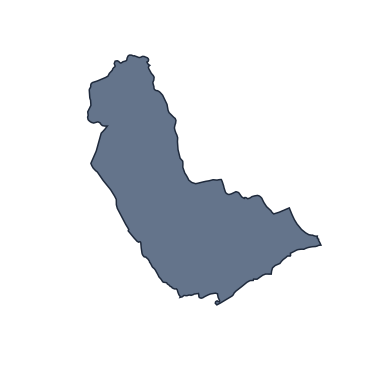 the district of Goruia, Caras-Severin, Romania, rotated 207°
{"feature_id": "2599482B80624695322147", "entity_name": "Goruia", "entity_type": "district", "adm_level": 2, "iso_a3": "ROU", "parent_name": "Romania", "parent_adm1": "Caras-Severin", "projection": "robinson", "projection_center": [21.781, 45.174], "detail": "fine", "context": "isolated", "style": "filled", "palette": "slate", "viewbox_px": 384, "rotation_deg": 207, "n_neighbors": 0, "source": "geoboundaries", "source_scale": "gbopen_adm2", "svg_char_len": 5168}
<svg xmlns="http://www.w3.org/2000/svg" viewBox="0 0 384 384"><g transform="rotate(207 192 192)"><path d="M318.3,264.3L319.5,260.2L319.5,257.1L321.0,254.8L326.8,247.9L330.3,244.4L331.0,243.0L330.8,241.3L330.2,240.2L330.0,239.7L330.0,239.1L330.0,238.5L330.0,237.9L330.1,237.3L329.9,236.3L326.0,229.8L325.6,229.3L325.2,228.8L324.8,228.4L324.2,228.0L321.4,223.3L321.3,216.1L319.3,213.1L319.0,211.3L317.4,209.3L316.9,209.1L316.3,208.9L315.8,208.7L315.2,208.6L314.7,208.5L314.1,208.4L313.5,208.4L312.9,208.4L310.9,208.8L307.7,211.8L305.4,211.9L304.7,211.4L303.8,211.0L302.9,210.7L302.0,210.5L300.8,210.8L299.6,211.2L298.5,211.7L297.4,212.3L297.8,210.0L298.2,207.8L298.3,207.7L298.9,205.4L299.6,203.2L295.9,185.0L295.1,171.6L294.1,170.7L293.1,169.9L291.9,169.1L291.0,168.5L289.7,168.0L288.3,167.5L286.9,167.1L285.5,166.9L276.5,162.0L265.5,157.1L259.1,153.2L256.1,151.0L253.6,146.3L251.1,143.5L236.4,133.1L231.4,130.0L231.2,128.4L222.0,124.4L220.7,124.0L220.1,123.7L219.4,123.5L218.8,123.2L218.0,123.1L216.7,123.1L216.5,123.4L216.2,123.7L215.8,124.1L215.3,124.1L215.1,123.9L214.3,123.2L214.0,122.5L213.8,122.3L211.9,119.2L208.8,114.8L207.9,113.9L206.7,113.1L205.1,112.5L203.6,113.1L203.0,112.8L200.9,112.3L198.6,111.1L198.0,110.3L196.3,109.4L194.1,107.8L193.6,107.4L192.6,107.0L190.9,106.6L189.5,106.0L185.2,103.1L184.1,102.3L183.0,101.4L179.9,100.2L177.3,98.7L176.3,98.7L174.9,99.2L173.5,99.6L172.9,99.4L172.3,98.9L169.9,98.6L169.6,98.5L169.3,98.3L168.5,98.0L167.2,98.2L166.2,97.6L165.4,97.6L164.6,97.6L163.3,97.8L162.6,98.2L161.9,98.6L160.7,98.1L160.1,97.4L158.7,96.0L156.9,94.4L156.4,94.2L155.5,93.8L155.4,93.7L155.1,93.4L154.8,93.1L154.8,92.7L153.0,94.3L152.6,95.3L152.3,96.1L151.3,96.6L150.2,96.9L149.1,97.6L148.3,98.5L146.8,99.4L146.0,99.4L145.4,100.0L144.5,100.9L143.5,102.3L142.4,102.9L141.5,103.7L140.9,103.9L140.2,104.5L139.7,104.0L139.2,103.3L138.5,102.1L137.6,101.3L135.7,101.5L134.4,102.6L133.3,104.4L132.0,106.2L130.7,107.9L129.2,109.6L125.2,112.5L123.1,112.9L121.0,110.1L118.0,107.7L117.8,106.7L118.4,106.5L119.0,106.3L119.6,106.3L120.2,106.4L120.5,106.0L120.8,105.6L121.0,105.1L121.1,104.6L120.7,103.4L118.6,102.7L116.2,106.1L109.1,117.5L108.6,119.0L108.6,121.2L107.8,123.8L106.3,127.0L104.8,130.2L103.4,133.4L102.0,136.6L100.1,139.4L97.3,141.0L97.6,142.3L94.4,143.9L91.2,150.0L89.2,152.3L84.1,154.8L84.7,156.3L85.2,157.8L85.5,159.4L85.8,161.0L84.5,164.3L81.2,168.3L81.1,169.3L80.9,170.3L80.7,171.3L80.4,172.2L80.1,173.2L79.3,174.8L78.6,176.3L77.9,178.2L77.2,178.6L76.5,179.1L75.5,179.4L75.3,180.1L75.8,180.7L75.9,181.3L76.3,181.9L76.5,182.1L74.4,184.9L72.5,187.6L71.5,188.7L69.8,189.9L68.4,190.8L66.3,191.8L65.1,193.4L63.7,194.9L63.0,195.5L62.2,196.2L59.9,197.9L57.2,199.5L55.9,200.7L55.0,201.9L54.0,202.6L53.0,203.2L55.0,204.8L57.4,206.5L57.7,207.4L58.6,207.5L59.3,207.7L59.4,208.3L60.0,208.5L60.1,208.9L60.3,209.6L61.7,208.8L63.3,208.4L64.9,208.3L66.2,207.7L67.2,207.4L68.4,207.0L72.3,207.2L77.4,208.3L84.0,211.2L88.2,213.8L90.8,215.8L93.3,217.8L95.7,219.9L98.1,222.0L105.2,213.5L109.2,209.6L110.2,209.8L111.2,210.1L112.1,210.5L113.0,211.1L118.9,212.8L121.0,214.0L123.1,215.2L125.0,216.6L126.9,218.1L127.7,218.4L128.6,218.7L129.5,218.9L130.4,219.0L132.1,218.7L134.4,217.0L136.4,215.2L136.7,214.7L137.0,214.1L137.3,213.6L137.6,213.1L138.0,212.6L138.4,212.2L138.9,211.7L139.4,211.3L141.4,211.5L142.5,211.0L142.6,210.0L145.5,210.2L149.8,212.5L150.4,212.6L151.0,212.6L151.6,212.5L152.2,212.4L153.0,212.2L156.1,208.2L157.3,207.1L157.7,206.7L158.1,206.5L158.7,206.3L159.1,206.3L160.0,206.3L160.6,206.4L161.3,206.6L161.9,206.9L162.4,207.3L165.4,210.3L166.7,211.9L168.2,213.4L169.8,215.0L171.5,216.4L172.5,215.9L173.4,215.3L174.2,214.7L175.0,214.0L178.8,212.5L181.9,209.7L184.4,207.9L186.7,206.0L189.0,204.0L191.3,202.0L192.7,201.0L196.6,200.4L200.4,201.2L201.9,202.4L203.5,203.5L205.2,204.6L206.9,205.5L211.4,209.8L212.0,211.1L212.6,212.4L213.3,213.7L214.1,214.9L214.2,215.2L217.9,216.7L223.7,223.4L227.8,230.2L229.4,233.8L231.4,235.9L233.0,237.1L234.5,238.5L235.1,239.1L236.7,241.0L237.1,242.1L237.4,243.3L237.7,244.5L237.8,245.7L238.8,248.5L240.4,249.9L242.3,250.3L248.5,252.3L250.4,253.9L254.0,258.7L262.1,264.9L265.7,266.3L267.3,266.6L268.8,266.6L269.3,266.4L269.8,266.2L270.3,266.1L270.8,266.1L272.1,266.4L272.6,266.8L273.1,267.3L273.4,267.9L273.7,268.5L276.1,271.1L276.7,272.1L276.8,274.3L277.9,277.1L279.3,278.1L282.2,279.3L286.7,282.4L287.5,283.4L287.5,283.7L287.6,284.2L287.5,284.7L287.3,285.2L287.1,285.7L288.1,285.8L288.6,285.8L289.1,286.0L289.3,286.1L291.0,287.1L291.2,287.4L290.7,288.1L290.4,288.6L290.5,289.4L290.7,290.1L291.5,290.9L292.8,291.3L293.9,291.2L296.3,291.0L297.4,290.5L297.8,290.3L298.4,289.4L298.9,288.8L299.7,288.1L300.2,287.8L301.5,287.6L302.7,287.5L304.3,287.3L305.2,287.2L305.6,286.9L306.2,286.6L306.6,286.6L307.1,286.6L308.3,286.4L310.0,285.5L310.7,284.2L310.6,281.7L310.4,281.2L310.2,280.6L310.1,280.1L310.1,279.5L310.6,278.6L312.7,276.7L313.0,276.0L313.4,275.3L313.7,274.9L314.1,274.5L314.8,274.5L315.4,274.6L316.0,274.8L316.5,275.1L318.2,275.0L319.9,273.7L319.6,271.1L317.7,269.4L317.6,268.4L317.9,267.9L318.2,267.4L318.3,266.9L318.4,266.4L318.5,265.6L318.3,264.3Z" fill="#64748b" stroke="#1e293b" stroke-width="1.5"/></g></svg>